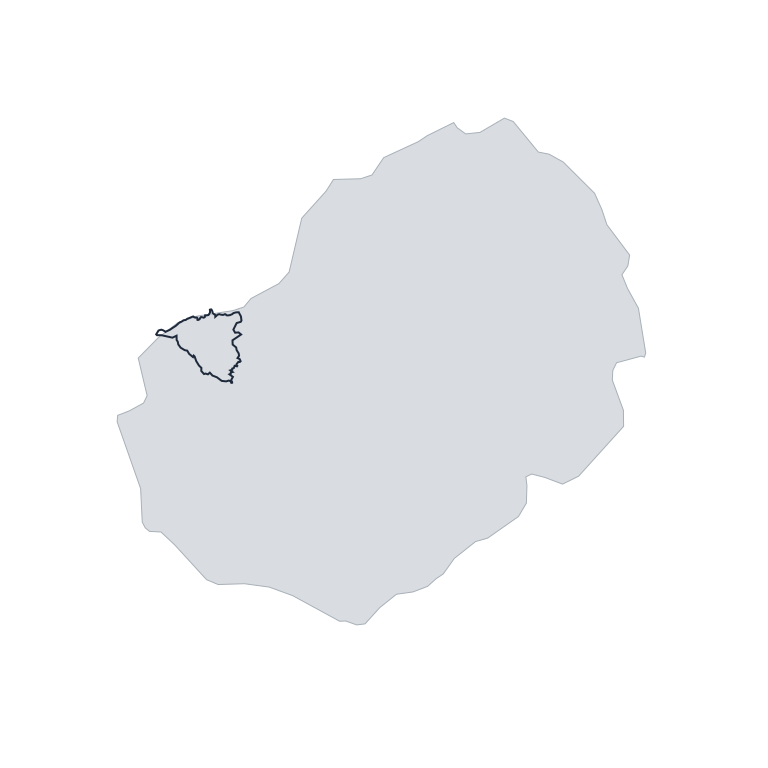 Gevgelija, Gevgelija, North Macedonia shown in context, rotated 157°
{"feature_id": "65306769B17532316382540", "entity_name": "Gevgelija", "entity_type": "district", "adm_level": 2, "iso_a3": "MKD", "parent_name": "North Macedonia", "parent_adm1": "Gevgelija", "projection": "equal_earth", "projection_center": [22.386, 41.253], "detail": "fine", "context": "in_parent", "style": "outline", "palette": "slate", "viewbox_px": 768, "rotation_deg": 157, "n_neighbors": 0, "source": "geoboundaries", "source_scale": "gbopen_adm2", "svg_char_len": 3192}
<svg xmlns="http://www.w3.org/2000/svg" viewBox="0 0 768 768"><g transform="rotate(157 384 384)"><path d="M349.3,201.7L361.3,203.2L387.4,196.0L403.7,186.0L411.9,184.5L422.9,180.7L438.7,181.3L454.7,185.6L475.1,179.9L495.2,170.6L503.2,172.9L511.9,180.8L517.6,183.0L550.8,224.9L569.0,241.9L590.5,254.7L615.0,264.2L623.8,273.2L639.6,317.9L647.1,334.9L657.5,340.0L660.0,344.9L660.5,351.3L648.9,382.8L644.4,453.5L641.4,459.2L629.1,458.8L612.8,460.4L606.6,465.8L600.1,503.9L573.8,514.8L549.9,521.0L529.8,519.6L494.5,510.6L482.9,509.6L473.0,514.7L441.5,517.5L427.6,524.1L394.9,568.8L361.9,584.2L350.6,592.0L325.4,582.1L313.4,581.1L295.8,592.5L257.6,593.7L247.2,595.7L217.7,597.4L216.5,591.3L211.1,582.3L197.4,578.1L169.3,581.7L162.5,575.1L151.3,537.2L142.3,531.1L132.3,518.3L115.6,477.2L115.3,459.2L116.6,443.5L107.5,406.7L113.4,397.4L122.3,391.6L122.5,376.8L120.2,354.3L131.0,310.2L133.8,307.0L136.5,309.2L161.6,312.7L168.1,307.1L172.3,298.4L173.9,266.2L180.0,251.4L240.9,223.1L258.8,222.1L272.4,235.1L283.2,243.4L289.7,243.1L292.1,234.7L299.5,218.7L312.0,209.5L349.0,201.6L349.3,201.7Z" fill="#d9dde1" stroke="#a8b0b8" stroke-width="1"/><path d="M506.4,466.6L505.8,468.9L506.4,472.8L505.8,475.4L507.9,479.4L506.4,483.4L496.2,485.4L497.7,488.3L501.0,489.4L501.4,492.9L495.8,497.7L491.6,497.2L490.4,498.1L489.3,502.1L489.7,506.8L490.3,506.9L491.1,507.4L492.6,507.8L494.9,508.1L496.4,507.6L498.4,507.6L498.9,507.6L501.1,508.2L502.1,508.8L502.2,509.1L502.3,509.5L502.9,510.3L503.6,510.5L504.0,510.4L504.8,510.4L505.4,510.6L506.9,511.5L508.5,512.7L509.5,512.8L510.6,512.7L511.3,512.4L512.1,512.1L513.0,511.8L512.6,512.7L512.5,513.8L512.6,514.1L512.8,514.2L513.1,514.5L513.6,515.5L513.9,516.1L513.9,516.9L513.6,517.7L513.6,518.8L513.8,520.1L515.0,520.5L515.3,520.4L515.4,520.1L515.3,519.8L516.3,517.7L518.2,516.3L518.7,516.1L519.2,516.2L520.3,516.4L521.4,516.9L521.8,517.1L522.3,516.5L522.7,515.7L523.1,515.6L523.8,515.6L524.0,515.5L525.3,516.5L526.2,517.1L527.9,516.3L528.1,515.9L528.7,515.6L530.2,515.6L530.7,515.9L530.7,516.1L530.5,516.3L530.2,516.8L530.1,517.5L530.1,517.8L530.2,518.2L531.0,518.6L531.7,518.8L531.9,519.0L532.7,519.6L532.9,520.2L533.2,520.7L534.2,520.8L536.6,520.8L537.9,520.8L539.8,520.9L540.5,520.7L541.2,520.5L541.9,520.5L543.1,520.9L544.1,520.9L545.2,520.6L547.2,520.4L547.4,520.6L548.9,520.3L550.8,519.6L552.9,518.9L555.1,518.5L558.9,517.8L559.1,517.7L559.4,517.7L559.6,517.6L562.5,517.5L564.8,517.4L565.0,518.0L566.5,519.9L567.5,520.8L567.8,521.0L569.8,521.3L570.4,521.3L570.7,521.3L574.3,518.7L573.9,517.6L569.7,515.8L560.6,509.3L556.1,509.5L557.7,505.5L557.3,503.6L557.9,500.8L557.0,496.9L554.2,493.0L552.1,491.6L551.6,487.9L549.3,483.4L548.1,484.5L547.6,483.4L547.9,478.4L547.1,473.2L545.8,470.2L547.1,467.4L545.8,463.5L544.1,463.3L542.3,461.7L539.9,462.5L538.6,458.8L535.2,455.5L532.2,450.3L528.3,448.1L525.5,447.8L524.2,446.5L524.1,444.7L523.3,444.5L523.0,445.3L523.3,447.2L520.3,449.6L522.5,453.3L521.0,453.4L520.5,454.5L518.7,454.2L520.1,456.6L518.1,456.4L517.7,457.5L516.0,457.4L514.4,459.1L512.4,457.7L512.0,458.0L512.5,458.9L512.2,459.7L509.4,461.3L508.2,460.6L507.1,461.0L507.1,463.3L508.7,465.1L506.4,466.6Z" fill="none" stroke="#1e293b" stroke-width="2"/></g></svg>